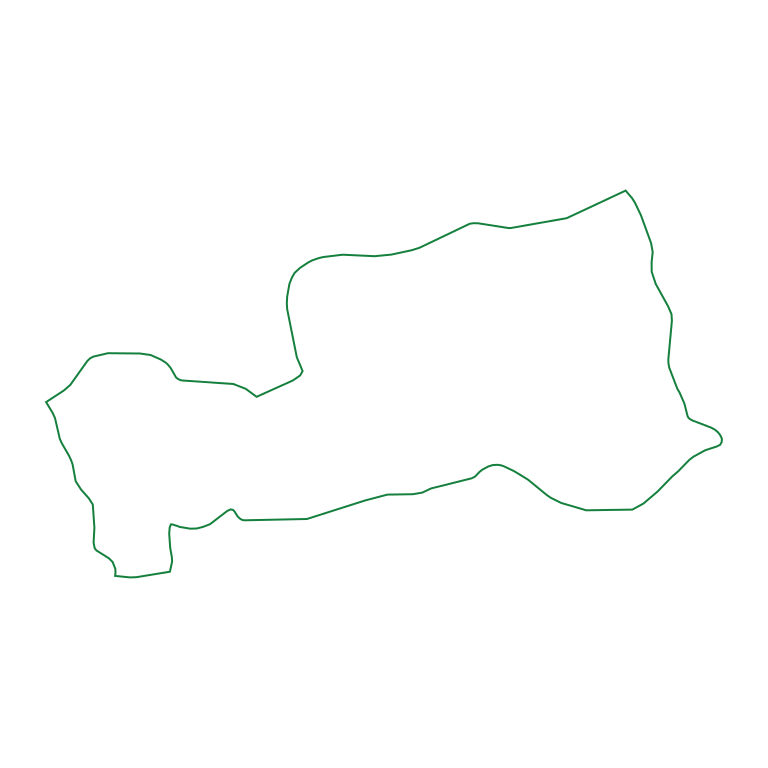 outline of Pasco
{"feature_id": "PER-581", "entity_name": "Pasco", "entity_type": "Department", "adm_level": 1, "iso_a3": "PER", "parent_name": "Peru", "parent_adm1": "", "projection": "orthographic", "projection_center": [-75.545, -10.377], "detail": "fine", "context": "isolated", "style": "outline", "palette": "green", "viewbox_px": 768, "rotation_deg": 0, "n_neighbors": 0, "source": "natural_earth", "source_scale": "10m", "svg_char_len": 1965}
<svg xmlns="http://www.w3.org/2000/svg" viewBox="0 0 768 768"><path d="M625.6,190.6L632.1,198.2L635.0,202.8L641.0,215.4L651.1,243.2L652.7,252.1L651.6,262.3L651.7,271.7L655.7,283.9L668.2,306.5L671.5,314.2L671.9,320.8L668.3,359.7L668.5,363.8L669.3,367.8L677.3,388.7L679.6,392.6L684.4,403.6L687.6,416.2L688.3,417.5L689.7,418.9L692.5,420.5L711.3,427.7L715.1,429.8L718.0,432.3L720.3,435.3L721.9,438.7L721.7,442.1L720.1,444.8L717.0,446.4L705.3,450.2L693.6,456.6L689.2,460.0L678.2,471.3L672.5,476.2L657.5,491.6L643.5,503.5L632.4,509.6L586.3,510.3L561.3,503.0L550.8,497.8L546.9,495.1L527.8,479.5L514.0,471.1L503.9,466.3L501.0,465.3L497.4,464.8L492.6,465.1L488.2,466.5L482.3,469.7L479.3,472.1L475.2,476.5L471.7,478.3L431.2,488.4L422.3,492.6L413.0,494.2L387.4,494.6L365.0,500.5L306.9,519.0L244.3,520.3L242.6,520.0L241.1,519.4L239.3,518.1L237.6,516.4L234.8,511.9L233.2,510.0L230.7,509.4L227.3,510.9L210.0,524.2L203.0,526.9L196.6,528.5L190.4,528.7L179.6,526.9L177.1,525.9L175.0,525.3L173.7,524.8L172.2,524.4L170.9,524.4L169.7,527.5L169.2,533.6L170.2,547.8L171.9,557.5L172.1,561.6L169.9,571.7L136.3,577.2L129.9,577.4L115.1,575.9L115.5,572.4L115.3,568.7L112.6,562.0L108.9,558.3L96.5,550.5L94.8,548.4L94.2,546.0L93.6,542.5L94.4,527.7L92.8,504.6L88.9,498.4L81.1,489.6L75.7,481.3L72.6,464.5L71.2,460.5L69.1,455.9L61.9,443.4L59.8,438.8L55.0,418.1L52.7,413.0L46.1,402.1L64.0,390.4L70.3,384.9L87.4,360.9L90.3,358.2L93.4,356.6L108.0,353.2L139.8,353.5L150.6,355.0L161.0,359.6L165.5,362.5L167.5,364.2L170.6,367.9L172.8,371.7L176.1,377.5L177.8,378.8L180.3,380.1L182.5,380.5L233.3,384.0L245.7,388.8L256.6,396.8L293.0,380.4L300.2,375.4L302.6,371.1L296.8,357.2L287.2,309.3L286.8,303.5L287.2,296.5L289.4,284.0L291.9,277.6L294.6,272.9L300.1,267.8L308.3,262.4L312.4,260.3L319.1,258.0L323.5,257.0L342.8,254.7L374.6,256.2L391.3,254.6L411.8,250.2L419.4,247.8L469.6,223.8L473.4,223.2L478.2,223.3L508.8,228.1L510.9,228.0L566.6,218.2L625.6,190.6Z" fill="none" stroke="#15803d" stroke-width="2"/></svg>